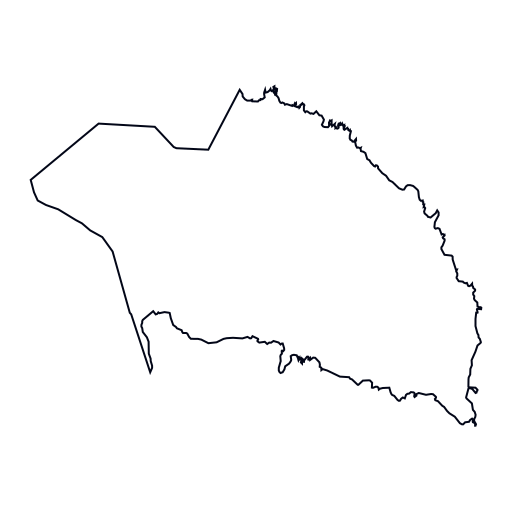 Djando, Moûhîlî, Comoros (Equal Earth projection)
{"feature_id": "10938185B42418571168375", "entity_name": "Djando", "entity_type": "district", "adm_level": 2, "iso_a3": "COM", "parent_name": "Comoros", "parent_adm1": "Moûhîlî", "projection": "equal_earth", "projection_center": [43.833, -12.356], "detail": "fine", "context": "isolated", "style": "outline", "palette": "ink", "viewbox_px": 512, "rotation_deg": 0, "n_neighbors": 0, "source": "geoboundaries", "source_scale": "gbopen_adm2", "svg_char_len": 6079}
<svg xmlns="http://www.w3.org/2000/svg" viewBox="0 0 512 512"><path d="M150.2,372.3L152.1,367.9L152.1,365.7L150.7,361.0L150.6,358.6L148.8,353.7L148.6,341.7L146.9,337.3L142.8,332.0L142.2,328.1L141.4,326.6L141.4,324.9L142.2,322.9L142.2,321.2L142.8,319.9L153.2,311.2L155.7,314.4L157.3,313.8L158.3,312.4L159.4,313.2L164.5,312.1L168.8,312.7L169.7,313.0L170.8,318.2L173.2,325.0L176.0,327.0L176.9,328.3L181.6,330.2L182.4,332.3L183.0,333.0L186.2,333.0L187.3,333.6L189.1,337.0L190.9,338.8L198.1,338.9L201.3,339.6L208.4,343.2L216.6,342.3L223.5,338.9L226.7,338.2L233.0,337.8L242.4,338.4L247.5,336.9L250.1,338.4L251.2,338.2L252.5,336.2L258.0,338.8L258.2,339.4L257.4,340.8L257.5,341.3L259.3,342.6L264.8,341.8L267.2,344.0L269.2,342.6L271.0,342.7L273.5,341.0L278.6,342.5L280.5,344.5L281.6,343.6L282.7,343.5L284.1,348.2L284.2,349.9L283.2,351.2L282.1,350.6L281.7,351.0L281.9,353.7L280.8,354.8L280.3,356.2L280.7,361.1L278.8,367.7L278.8,370.5L279.4,371.9L280.5,373.0L282.7,372.2L284.4,369.4L285.2,366.3L289.1,363.6L290.4,361.8L291.1,360.5L291.2,359.5L290.7,356.2L292.1,355.2L293.9,354.8L296.7,355.3L297.5,357.2L298.0,356.7L298.6,357.1L298.2,359.3L298.5,360.3L299.8,357.8L300.1,359.0L301.0,358.3L301.3,360.9L300.9,362.4L302.0,363.5L302.0,360.3L302.5,358.9L303.2,359.5L303.7,361.8L304.0,361.8L304.0,359.8L304.6,359.8L307.0,356.7L308.0,356.6L308.5,357.1L308.3,359.5L308.7,359.6L310.1,358.1L310.2,359.9L313.2,357.6L315.2,357.8L319.4,362.3L319.9,364.7L319.7,366.8L321.3,367.7L321.4,370.1L322.7,369.1L327.2,370.5L339.9,376.6L349.1,377.2L350.1,378.7L352.0,379.4L357.7,384.8L358.4,384.8L362.9,380.6L369.0,380.3L370.0,380.5L372.1,382.7L371.9,387.6L373.0,387.8L375.7,386.7L377.4,386.8L378.4,387.7L378.8,389.6L380.0,388.7L382.8,388.0L389.3,387.7L390.6,392.3L391.5,394.2L392.1,394.9L394.3,395.9L397.5,399.9L398.8,400.8L399.9,400.7L401.1,398.8L402.8,397.5L404.8,398.4L406.0,394.9L407.4,393.8L409.1,393.6L410.9,392.1L413.6,392.4L414.3,392.9L414.6,393.7L414.2,396.3L414.6,397.0L416.3,395.7L415.7,395.0L415.8,394.4L418.8,393.0L426.0,394.8L431.1,394.0L433.0,394.2L435.9,396.8L436.0,397.7L434.9,399.0L435.3,400.2L438.0,401.2L442.3,405.8L444.1,406.9L447.0,410.9L449.4,413.3L454.8,416.7L459.9,423.2L461.9,424.3L463.2,424.3L465.1,422.3L469.0,421.8L470.1,420.0L472.1,418.6L473.3,419.7L472.7,421.2L472.9,422.2L474.6,423.0L475.2,424.4L475.1,425.7L475.5,425.7L476.0,424.2L474.1,420.9L474.2,419.0L475.3,416.9L475.6,414.8L474.7,411.9L472.9,409.8L471.9,403.4L466.5,398.4L466.1,397.4L468.5,388.3L470.3,388.2L472.4,389.1L475.6,393.0L476.5,392.6L476.7,391.3L477.4,390.6L477.5,389.8L475.5,387.7L469.1,387.3L468.4,386.5L468.5,379.3L468.7,377.4L470.2,374.5L470.4,368.8L471.9,365.3L471.6,360.2L475.4,351.7L477.5,345.5L480.5,343.0L480.9,342.2L479.8,338.8L478.6,337.5L478.4,335.0L477.4,333.4L475.5,326.1L475.5,318.9L476.2,312.7L477.5,312.7L477.6,312.2L476.9,309.5L477.2,308.8L481.1,309.2L481.3,307.7L480.7,307.2L479.0,307.2L477.5,306.3L477.3,302.5L474.7,300.1L474.0,298.7L474.3,296.1L473.2,294.6L473.2,292.6L475.1,290.7L475.1,289.5L473.2,287.9L473.0,286.5L472.2,285.7L472.1,283.7L470.5,285.6L469.1,286.2L468.1,285.8L466.9,282.9L465.5,283.3L463.6,282.5L462.8,281.6L458.7,281.2L456.6,278.0L456.6,277.1L457.3,275.7L457.3,273.5L456.2,271.3L457.0,269.5L455.9,269.6L452.7,259.6L452.6,256.6L451.6,255.6L444.5,254.8L441.4,249.1L441.4,247.3L442.6,245.7L444.6,240.7L444.6,239.3L443.1,238.3L442.7,237.3L444.6,235.5L444.5,234.7L444.0,234.9L442.9,234.0L441.6,234.5L439.5,228.8L437.8,228.1L435.6,228.7L434.8,228.1L434.4,226.9L434.9,222.2L438.6,215.3L438.6,212.5L437.2,210.4L435.7,213.2L430.6,217.5L427.9,216.8L427.5,215.9L424.6,213.4L424.1,211.6L425.2,208.1L424.3,206.9L423.7,207.1L424.3,204.4L423.2,204.3L423.3,202.1L422.7,201.8L422.7,200.5L420.9,200.8L419.7,199.7L418.9,197.1L418.3,191.3L417.6,189.9L414.2,186.8L413.0,185.9L410.0,185.1L407.6,185.2L406.0,186.4L404.1,189.5L402.4,189.7L399.0,188.3L392.5,182.0L389.2,180.3L386.1,175.8L382.3,173.2L378.1,168.4L378.0,166.6L376.8,165.4L375.8,165.3L375.1,166.5L374.1,166.1L370.9,162.7L369.5,160.3L367.2,159.0L365.4,153.1L363.5,151.8L361.0,151.1L360.5,148.8L360.8,147.8L360.0,148.2L358.4,147.5L357.1,147.7L355.9,145.6L355.1,141.7L356.1,140.6L356.0,139.0L354.5,140.8L354.5,141.8L352.5,141.6L351.8,140.5L350.4,139.8L349.7,138.4L349.8,135.6L350.9,131.2L349.9,130.9L349.9,130.2L349.3,130.7L348.3,130.0L348.2,128.8L347.4,128.5L347.3,127.9L344.4,129.8L343.9,129.4L343.6,128.7L344.6,126.4L343.7,126.5L344.1,125.0L343.0,125.4L342.3,123.7L341.8,124.8L340.9,124.8L340.6,123.9L340.1,125.1L339.8,125.1L339.9,123.2L338.7,123.6L338.1,125.2L338.1,126.3L338.7,127.0L338.5,127.9L337.6,128.6L336.6,128.4L336.2,127.7L335.5,128.1L335.7,126.8L335.1,126.8L334.5,125.1L334.8,123.9L332.1,126.2L331.8,124.5L330.8,124.6L330.8,124.1L331.6,123.3L331.6,120.4L330.6,121.0L330.0,120.5L329.0,122.6L329.1,125.9L328.0,127.2L324.4,127.0L322.9,126.3L321.9,124.8L323.5,121.3L323.9,119.6L321.6,115.6L319.4,115.3L316.3,111.3L313.5,113.9L311.5,113.3L310.4,113.6L307.3,111.4L306.3,111.3L305.3,112.2L303.9,110.4L303.9,106.6L304.4,105.2L303.7,104.2L303.0,104.4L302.4,103.2L301.3,104.1L301.1,104.9L300.3,105.0L300.0,107.0L299.2,107.9L298.7,106.6L298.3,106.4L297.4,107.2L295.4,106.4L295.5,105.4L296.1,104.2L296.0,102.9L295.0,103.7L294.6,105.4L294.4,104.5L293.9,105.8L292.4,105.1L292.1,105.9L286.8,104.1L284.9,104.7L284.3,103.4L282.4,102.5L281.3,103.0L280.4,102.6L279.3,100.8L278.6,98.2L277.5,96.5L276.2,95.4L276.3,94.2L275.1,94.6L274.9,93.7L276.8,91.6L277.1,88.9L276.5,88.6L276.0,90.8L274.7,92.9L274.2,93.0L273.5,92.0L273.8,90.1L274.8,89.0L275.0,88.1L274.4,87.7L274.4,86.3L273.4,86.9L273.8,88.3L273.6,89.6L271.7,91.1L270.9,90.5L270.5,89.0L269.7,90.3L267.6,92.1L265.6,92.6L265.1,89.8L264.2,92.4L264.1,94.0L264.7,97.4L262.5,99.2L260.6,99.0L260.4,100.1L259.1,100.2L257.9,101.5L252.1,101.3L251.8,100.9L252.1,99.7L251.5,99.8L251.1,100.6L247.2,100.6L244.9,99.2L242.7,96.5L242.5,94.0L239.7,89.8L208.3,149.7L176.4,148.2L173.7,147.0L154.8,126.8L98.6,123.6L30.7,179.9L34.0,192.3L37.7,200.5L46.0,205.0L58.2,209.3L75.9,220.1L81.9,223.3L90.2,230.4L102.3,237.1L112.6,251.5L129.8,312.8L131.2,314.3L150.2,372.3Z" fill="none" stroke="#020617" stroke-width="2"/></svg>